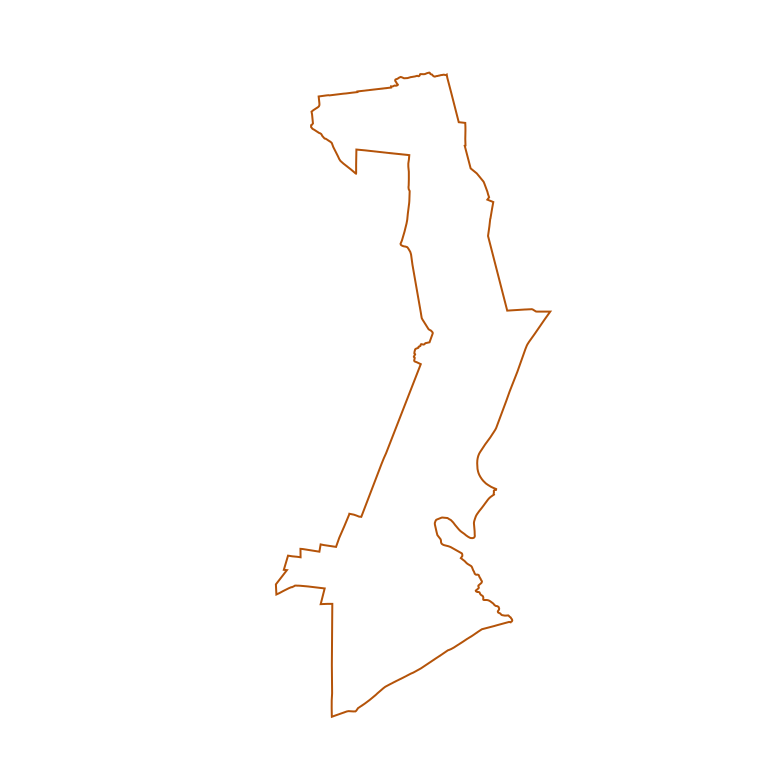 Muñoz de Domingo Arenas, Tlaxcala, Mexico (Mercator projection), rotated 67°
{"feature_id": "50627088B8354307803042", "entity_name": "Muñoz de Domingo Arenas", "entity_type": "district", "adm_level": 2, "iso_a3": "MEX", "parent_name": "Mexico", "parent_adm1": "Tlaxcala", "projection": "mercator", "projection_center": [-98.236, 19.501], "detail": "fine", "context": "isolated", "style": "outline", "palette": "amber", "viewbox_px": 768, "rotation_deg": 67, "n_neighbors": 0, "source": "geoboundaries", "source_scale": "gbopen_adm2", "svg_char_len": 6149}
<svg xmlns="http://www.w3.org/2000/svg" viewBox="0 0 768 768"><g transform="rotate(67 384 384)"><path d="M382.3,202.7L377.2,214.8L376.6,215.8L373.5,218.0L372.9,218.7L370.2,226.0L364.6,241.9L288.4,230.4L279.9,225.3L273.5,221.7L273.3,221.4L265.3,216.3L259.2,212.3L254.7,216.8L253.2,214.3L250.1,214.1L247.4,213.7L238.8,213.3L236.7,213.3L226.4,216.3L219.4,220.0L196.2,216.6L196.3,215.8L190.1,213.4L182.3,209.9L178.9,208.5L175.4,207.2L172.2,212.9L142.0,208.3L127.0,206.1L123.8,205.4L123.9,205.7L123.9,206.3L122.9,207.7L122.6,208.2L122.4,209.1L122.2,210.0L121.9,210.9L121.7,212.6L121.5,213.3L121.4,214.4L121.1,215.3L121.0,216.0L121.0,216.6L120.7,217.5L120.4,217.8L119.9,218.1L119.1,218.6L118.2,218.8L117.8,219.0L117.2,219.8L116.9,220.1L116.0,220.2L115.3,220.4L115.1,220.6L115.0,220.8L114.9,221.7L114.7,222.9L114.7,225.3L114.3,226.5L113.0,229.3L113.0,229.7L113.1,230.0L113.8,230.5L114.0,230.8L114.2,231.2L114.2,231.7L114.1,232.1L113.3,233.0L113.2,233.4L113.0,235.3L112.7,236.5L112.2,238.7L112.0,239.2L111.6,242.8L110.4,246.1L108.8,247.6L108.1,248.4L107.9,248.7L107.9,250.0L108.0,251.0L108.2,251.7L108.3,252.3L108.2,254.0L108.2,254.4L108.4,254.7L108.6,254.9L108.9,255.1L109.8,255.2L111.2,254.8L112.5,254.8L113.7,254.3L114.0,254.3L114.1,254.5L114.3,255.6L114.2,256.1L114.0,256.7L113.5,257.4L113.4,257.8L113.5,259.5L113.4,260.0L112.8,261.2L113.9,261.6L104.3,294.2L104.9,294.4L103.3,299.8L101.7,305.5L100.9,307.9L97.0,321.5L96.5,322.2L95.9,324.1L93.8,331.8L100.4,333.8L101.9,334.4L102.8,335.2L103.3,336.2L104.3,341.9L105.0,344.3L107.8,344.9L116.4,347.6L117.5,349.7L117.4,350.0L119.0,350.7L121.2,350.1L122.7,348.9L127.5,345.7L128.1,345.0L129.2,344.2L129.9,344.0L131.5,343.9L134.8,342.8L135.5,341.8L140.4,338.5L141.8,337.9L146.1,338.1L156.4,337.4L159.6,337.3L161.7,336.9L165.3,335.2L173.8,330.5L179.2,327.8L179.4,327.6L179.1,327.3L171.3,324.0L157.4,317.8L161.5,310.2L173.2,289.4L183.2,271.3L186.8,273.2L190.6,275.5L193.5,276.7L198.3,278.2L205.4,281.2L210.9,283.7L212.3,284.5L214.2,285.1L214.9,285.1L215.9,285.0L216.4,285.0L216.9,285.2L225.5,289.2L227.4,290.2L236.5,295.5L242.0,298.5L245.0,300.5L251.8,305.6L255.7,308.8L259.0,311.5L261.4,314.0L262.4,314.1L262.9,313.9L264.0,313.1L265.0,312.0L266.0,310.4L267.2,309.1L268.8,308.7L271.1,308.4L272.5,308.2L273.6,308.3L275.4,308.5L285.3,311.2L332.2,322.1L337.9,323.5L338.4,323.5L339.6,323.4L350.8,321.6L351.6,321.2L353.2,319.9L354.8,319.3L355.6,319.1L356.3,319.3L356.5,319.4L363.4,325.8L362.6,329.9L362.7,330.2L363.2,331.3L363.2,331.7L363.1,332.3L361.9,334.1L361.9,334.5L362.0,334.7L363.2,335.7L363.2,337.4L363.4,337.8L363.9,338.0L364.1,338.3L364.0,340.6L364.1,341.2L364.3,341.8L366.1,343.2L367.4,344.0L367.7,344.1L368.1,344.0L368.7,343.7L369.0,343.8L369.4,344.5L370.4,345.7L370.6,345.9L370.9,345.9L371.7,345.5L372.0,345.5L373.8,346.8L374.3,347.1L374.7,347.1L375.1,347.0L375.5,346.7L376.8,345.3L380.1,342.4L448.6,409.2L452.2,413.1L456.5,417.4L497.4,456.8L496.8,457.8L496.4,458.7L494.5,460.6L492.5,462.8L489.9,466.6L490.5,467.0L499.5,476.2L508.1,485.3L515.2,491.8L508.7,502.4L506.9,505.0L513.1,509.0L504.1,523.4L503.1,525.3L510.9,528.5L509.2,531.3L506.7,535.9L504.5,539.4L515.9,548.8L517.4,546.1L526.2,561.8L535.7,565.3L535.6,561.9L535.2,557.8L534.8,551.5L534.8,548.6L535.1,548.2L535.0,545.9L534.8,544.8L534.9,544.4L536.8,540.3L540.7,533.0L549.0,518.5L561.9,528.3L564.2,522.2L566.2,517.5L622.3,541.8L648.4,552.6L654.9,555.8L661.9,558.8L669.3,561.8L669.9,562.0L670.2,557.3L670.9,546.1L671.3,544.4L673.5,540.0L674.2,538.2L673.9,537.2L672.2,534.5L670.7,526.6L669.2,520.5L666.8,512.5L666.3,511.3L663.8,503.5L663.2,501.1L662.7,495.5L662.2,488.7L661.8,481.4L661.1,472.5L661.1,469.7L660.2,461.1L656.9,443.8L655.8,437.7L654.7,432.2L654.1,429.2L654.2,428.0L654.2,425.8L653.9,422.7L653.3,419.3L652.1,412.2L651.1,407.0L650.3,401.5L648.7,393.6L648.0,389.7L649.8,377.5L650.2,374.2L651.9,361.8L652.8,360.6L652.6,360.4L652.5,359.2L652.1,358.6L651.7,358.3L651.0,358.2L650.5,358.2L649.5,358.5L648.4,358.6L647.5,359.2L645.7,359.9L645.5,360.2L645.4,360.5L645.3,360.9L644.7,362.6L644.4,363.3L642.9,365.6L642.3,366.1L640.6,366.7L640.2,367.1L639.1,368.1L638.8,368.2L638.4,368.2L638.1,368.2L637.8,368.0L637.6,367.9L636.6,366.3L636.0,365.9L635.6,365.7L634.8,365.7L633.9,365.7L633.2,366.2L632.8,366.5L631.9,367.9L631.1,368.4L630.1,368.9L629.4,369.0L628.8,369.2L625.7,371.0L624.6,371.8L623.8,372.6L623.2,373.4L622.5,374.9L622.0,376.2L621.7,376.6L621.5,376.8L620.9,376.8L619.4,376.0L618.4,375.9L617.7,376.0L615.9,377.2L615.3,377.4L614.5,377.5L613.2,377.5L612.8,377.8L612.5,378.1L611.9,379.4L611.1,380.1L610.8,380.3L610.1,380.3L610.0,380.2L609.0,376.8L608.7,376.5L608.2,376.2L607.1,376.2L606.6,376.0L606.3,375.6L605.2,372.1L604.6,371.4L604.0,371.0L603.4,371.0L602.7,371.1L601.9,371.3L600.8,371.2L599.5,371.5L596.9,371.5L596.1,372.2L595.9,372.7L595.6,373.7L594.8,374.3L594.1,374.6L592.1,374.5L590.1,374.7L587.0,374.6L585.9,374.8L585.4,375.1L582.2,377.4L580.8,378.1L578.6,378.9L574.3,381.3L573.4,379.8L573.0,379.2L572.7,379.0L571.6,378.6L571.0,378.5L570.5,378.5L570.1,378.7L560.1,386.4L558.5,388.1L556.0,391.4L555.3,392.2L554.3,392.9L553.6,393.3L552.6,393.4L551.9,393.3L550.2,392.7L549.4,392.6L548.9,392.6L544.4,393.8L543.9,393.9L540.6,393.4L533.4,392.1L531.9,391.6L530.3,390.2L529.5,389.1L529.4,388.8L529.5,383.8L529.6,382.7L532.2,377.9L534.2,376.6L534.7,376.1L535.4,375.6L538.5,374.4L541.7,373.6L547.2,371.9L549.2,371.1L550.8,370.2L553.4,368.6L555.4,367.6L557.6,366.2L559.1,365.0L559.7,364.3L560.4,362.9L560.6,362.0L560.6,361.2L560.0,360.2L559.2,359.7L558.2,359.4L554.9,358.1L547.2,355.6L545.7,354.7L543.9,353.2L541.7,351.2L540.4,349.6L538.3,346.2L536.1,342.1L531.1,333.6L530.3,332.0L529.6,330.0L528.7,325.9L528.1,325.9L527.6,325.8L526.5,325.0L525.8,324.9L525.2,324.6L525.0,324.3L524.9,323.5L525.2,322.2L524.5,321.8L522.4,323.9L520.5,325.6L517.4,327.8L515.3,329.1L511.9,330.5L509.8,331.1L507.1,331.6L505.0,331.8L503.0,331.8L501.2,331.6L498.7,331.1L493.4,329.2L490.7,327.9L488.8,326.7L487.0,325.3L485.3,323.6L484.1,322.0L479.0,314.3L474.8,307.2L469.7,299.6L468.4,298.0L447.5,278.2L440.0,271.3L424.9,256.5L407.0,240.1L404.3,237.4L403.5,236.4L401.9,234.1L396.7,225.6L387.4,211.0L382.3,202.7Z" fill="none" stroke="#b45309" stroke-width="2"/></g></svg>